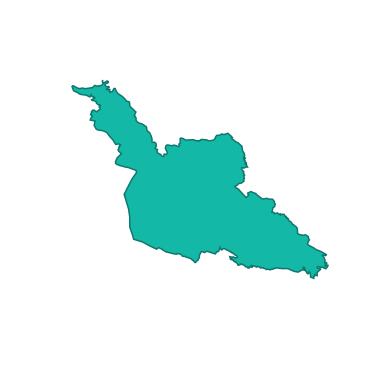 Kudus, Jawa Tengah, Indonesia, rotated 117°
{"feature_id": "22746128B61967707401144", "entity_name": "Kudus", "entity_type": "district", "adm_level": 2, "iso_a3": "IDN", "parent_name": "Indonesia", "parent_adm1": "Jawa Tengah", "projection": "equal_earth", "projection_center": [110.867, -6.798], "detail": "fine", "context": "isolated", "style": "filled", "palette": "teal", "viewbox_px": 384, "rotation_deg": 117, "n_neighbors": 0, "source": "geoboundaries", "source_scale": "gbopen_adm2", "svg_char_len": 6069}
<svg xmlns="http://www.w3.org/2000/svg" viewBox="0 0 384 384"><g transform="rotate(117 192 192)"><path d="M132.7,322.4L133.9,322.2L134.5,321.9L135.0,321.3L135.4,320.9L135.6,320.3L137.8,321.0L139.4,322.2L139.5,322.9L140.5,323.8L140.5,324.6L141.0,325.3L141.1,326.9L144.3,328.2L148.2,333.7L149.4,337.4L150.5,338.4L151.2,339.9L151.4,342.8L151.2,345.8L151.6,346.5L152.3,346.7L152.3,346.3L153.5,345.9L155.6,343.3L155.4,339.2L155.7,336.3L155.4,334.8L153.7,330.2L153.7,326.1L151.3,326.0L152.2,325.2L151.9,324.0L152.2,323.5L151.9,323.5L152.2,321.3L155.5,323.3L155.8,322.3L155.1,321.2L155.0,318.0L156.0,317.8L156.4,317.2L156.9,314.3L156.2,313.9L156.3,312.9L158.4,313.3L158.3,312.7L159.7,311.5L163.9,313.4L163.6,316.6L164.0,316.7L164.0,317.5L165.5,317.9L166.4,318.0L166.7,317.4L168.8,317.6L168.9,316.8L169.4,316.8L169.7,315.2L171.6,315.6L174.1,315.4L172.8,310.6L177.0,309.5L179.5,305.8L179.4,303.9L177.9,299.4L177.6,296.2L177.8,294.7L180.0,290.2L181.5,286.1L184.2,281.7L182.4,279.1L182.5,277.0L183.6,277.7L184.3,277.1L185.3,277.6L186.0,277.0L188.0,277.1L189.0,275.7L189.9,272.3L195.7,274.2L199.9,273.9L201.3,272.9L201.5,271.0L201.2,268.7L200.0,262.6L199.1,259.8L198.2,252.1L198.4,251.3L200.1,250.3L207.9,251.4L224.2,251.4L225.2,251.0L225.4,250.8L225.2,249.5L225.5,250.8L235.8,240.9L242.1,236.4L251.4,231.6L257.9,224.9L260.6,222.6L259.0,213.4L259.2,205.5L259.0,197.5L257.4,197.0L256.7,196.3L256.6,192.6L256.9,191.8L257.1,187.8L255.0,178.8L254.4,178.1L254.4,177.4L253.8,177.4L253.2,176.5L252.7,174.2L252.8,172.6L253.5,171.6L253.5,170.9L252.7,169.6L252.7,167.2L252.4,166.7L251.9,162.5L252.6,160.6L252.3,160.1L253.5,157.4L253.1,156.7L252.0,156.7L250.4,155.8L247.1,155.7L244.8,156.7L240.8,156.6L240.3,155.2L240.4,153.4L238.4,152.2L237.9,151.2L236.6,143.1L233.9,142.8L233.7,142.0L232.3,141.3L228.5,141.9L230.2,139.7L229.9,139.0L228.7,138.7L228.0,137.9L227.7,136.5L227.9,134.7L227.7,131.6L227.9,130.9L227.6,130.3L227.9,130.2L227.7,129.7L228.1,129.0L227.7,128.2L228.2,127.5L227.9,126.2L228.5,125.5L228.6,123.1L229.4,122.0L230.3,122.1L231.0,124.1L231.1,125.7L231.7,126.6L232.4,126.9L232.1,128.0L232.4,129.0L233.6,127.9L233.4,127.4L233.6,127.1L234.4,127.2L234.5,126.4L233.6,126.1L233.7,125.5L234.2,125.0L233.7,124.0L234.6,123.5L234.8,122.3L234.3,121.3L234.9,120.9L234.8,120.1L235.3,118.9L236.2,118.2L236.2,117.4L235.7,116.8L234.9,116.6L234.6,115.8L234.0,116.1L233.9,115.2L233.4,114.4L233.8,113.7L233.4,112.4L233.9,111.6L233.8,110.4L234.2,110.3L233.8,108.8L234.4,108.1L234.1,107.1L233.6,106.5L233.4,106.5L233.3,107.4L232.9,107.1L231.5,104.1L230.9,104.2L231.0,105.2L230.7,105.9L230.5,105.7L230.1,103.9L229.8,103.7L229.5,100.1L228.7,100.0L228.1,98.5L228.6,96.3L227.6,95.6L227.7,94.9L227.3,94.4L227.4,93.0L227.0,91.5L227.3,90.6L226.1,88.8L225.9,87.0L225.4,87.0L224.2,85.0L223.0,84.6L222.5,83.3L221.4,82.7L219.1,76.3L217.4,73.3L216.7,71.3L216.4,65.2L215.3,61.2L211.4,58.4L211.0,57.9L210.8,56.8L209.5,58.3L208.4,58.7L208.2,58.1L208.7,57.0L210.8,54.8L212.4,52.0L211.9,51.2L209.8,51.5L210.6,49.8L214.0,47.7L213.6,44.3L212.6,45.0L211.7,45.1L211.3,44.6L210.8,45.0L209.6,45.0L209.9,43.5L209.7,42.5L206.9,44.0L202.5,42.3L202.0,43.2L202.8,44.6L202.8,45.5L202.2,46.3L201.1,45.8L200.5,42.9L199.7,41.2L199.9,40.1L199.6,37.9L197.2,37.3L195.6,37.5L195.7,38.3L197.6,39.7L196.7,40.1L194.2,39.6L194.0,40.4L195.0,41.4L194.8,41.7L193.0,42.1L191.0,43.9L189.2,47.1L188.8,46.9L188.4,45.7L188.3,44.4L187.5,43.8L186.8,43.9L186.5,50.8L187.0,55.2L186.5,58.2L186.5,64.0L185.9,65.3L184.5,65.8L181.4,65.7L181.0,66.5L178.9,68.2L178.6,71.5L180.1,73.2L181.1,76.8L181.2,78.9L176.5,81.8L175.5,84.0L175.5,86.3L175.1,86.5L175.0,88.2L174.3,88.9L173.7,90.8L173.6,92.7L173.0,93.2L172.5,94.6L172.1,94.3L171.7,95.3L172.3,96.1L171.2,96.9L171.5,97.3L171.2,97.9L171.4,98.3L170.8,98.5L170.6,99.5L170.1,99.8L171.3,102.3L172.4,102.6L172.3,103.3L171.6,103.6L172.4,104.3L171.8,106.2L173.8,108.7L173.0,109.7L173.8,111.5L169.4,112.7L168.8,112.7L167.6,111.7L166.3,112.2L165.1,112.2L164.2,113.7L163.1,114.3L162.0,116.6L162.0,117.4L163.4,120.1L163.7,122.6L165.6,124.8L166.2,126.7L164.9,133.6L164.3,134.5L164.6,135.5L164.9,139.7L167.7,141.9L168.7,140.9L168.9,140.0L172.4,141.3L168.7,151.3L168.4,151.5L168.2,155.5L167.6,156.2L167.0,156.3L165.8,154.9L164.2,154.6L162.7,153.6L161.6,152.0L158.5,150.6L157.3,151.8L156.3,151.4L154.6,152.8L153.3,152.8L153.5,153.4L153.1,153.3L152.1,154.1L152.0,154.7L151.3,154.6L151.0,155.2L150.2,155.3L149.5,157.6L147.9,158.8L147.5,158.5L147.1,156.5L145.2,155.3L144.6,153.9L143.6,155.4L143.0,155.7L143.0,157.3L142.4,157.4L141.9,156.6L141.2,157.0L140.9,159.2L139.7,159.1L139.3,160.7L138.8,161.2L138.4,161.3L137.9,159.9L137.5,159.9L137.0,161.9L135.6,161.6L133.4,163.6L132.8,165.2L128.6,168.3L127.2,173.4L127.4,175.5L126.6,179.5L126.2,181.1L125.2,180.7L124.4,182.7L123.4,186.8L124.7,187.8L126.3,189.8L126.8,191.2L126.7,191.8L129.1,193.4L130.1,195.4L130.8,195.8L133.0,196.0L133.8,195.5L136.0,196.4L138.7,199.9L138.9,202.5L140.7,207.1L141.4,207.9L143.0,208.4L142.9,208.8L144.5,211.5L144.7,214.4L148.6,221.2L148.4,224.2L149.0,226.5L150.0,226.8L153.5,224.8L155.4,225.4L156.5,224.1L157.4,224.3L157.8,225.4L157.9,227.5L158.7,229.8L160.0,231.0L161.1,235.1L162.3,236.2L165.2,235.6L167.2,232.8L168.1,232.0L169.2,231.6L170.3,232.1L170.8,234.0L173.2,233.4L173.7,234.2L173.7,235.0L172.7,237.0L172.9,238.2L172.7,240.8L170.7,242.1L170.0,241.9L169.8,242.5L170.1,243.9L169.7,244.8L167.3,244.6L165.4,245.8L164.6,247.7L165.7,249.9L165.6,250.4L163.1,251.6L160.8,253.6L158.3,256.9L157.9,259.8L155.0,261.9L154.5,262.7L154.0,267.6L154.7,271.0L153.9,273.9L152.8,274.9L151.6,275.3L150.9,276.2L150.8,277.3L150.4,277.1L149.9,278.1L146.2,278.3L144.0,285.8L143.1,286.8L140.3,288.5L140.2,289.4L140.8,291.6L139.6,293.8L138.5,297.4L137.9,302.8L136.8,304.9L134.7,307.5L135.0,308.3L135.8,308.6L138.7,308.4L139.4,309.1L139.5,309.8L140.5,310.4L140.1,311.0L138.1,311.7L139.5,313.9L139.4,314.8L138.1,314.6L137.1,313.3L136.1,313.4L135.9,314.1L137.0,316.2L136.4,317.9L135.9,318.2L134.9,318.3L133.1,316.5L132.0,316.4L131.6,316.8L131.6,318.1L133.9,319.4L134.9,320.7L135.0,321.1L134.5,321.8L132.7,322.4Z" fill="#14b8a6" stroke="#0f766e" stroke-width="1.5"/></g></svg>